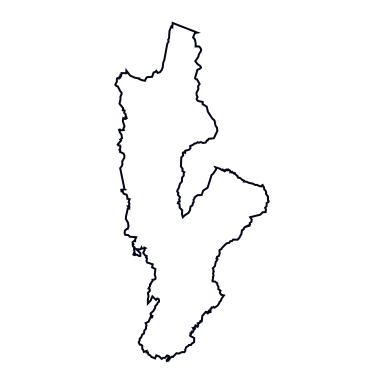 the district of Hueytamalco, Puebla, Mexico
{"feature_id": "50627088B70242427867447", "entity_name": "Hueytamalco", "entity_type": "district", "adm_level": 2, "iso_a3": "MEX", "parent_name": "Mexico", "parent_adm1": "Puebla", "projection": "natural_earth1", "projection_center": [-97.308, 20.034], "detail": "fine", "context": "isolated", "style": "outline", "palette": "ink", "viewbox_px": 384, "rotation_deg": 0, "n_neighbors": 0, "source": "geoboundaries", "source_scale": "gbopen_adm2", "svg_char_len": 6052}
<svg xmlns="http://www.w3.org/2000/svg" viewBox="0 0 384 384"><path d="M197.3,32.6L172.7,23.0L172.3,27.2L171.3,26.5L169.5,31.0L169.0,38.4L168.2,39.8L168.6,41.6L167.3,43.6L164.3,60.0L163.2,62.8L162.7,67.4L161.7,70.0L159.9,72.2L157.7,72.9L156.3,70.9L155.6,71.8L153.6,72.5L152.1,76.8L147.1,77.2L146.3,77.9L144.9,80.8L141.2,79.9L139.0,78.9L139.1,78.4L135.1,77.8L130.2,75.6L126.4,70.7L126.3,73.2L121.5,73.1L121.2,75.5L120.5,75.2L120.3,77.3L119.6,76.9L118.9,78.5L117.8,78.0L117.0,78.5L116.8,81.6L115.3,84.8L116.5,86.0L117.8,86.4L120.3,91.3L121.5,92.5L121.6,93.9L120.4,97.0L120.5,99.1L119.5,103.7L123.1,108.2L122.8,110.2L124.6,110.5L124.2,112.7L125.4,114.1L126.5,117.8L125.5,117.6L125.7,118.8L124.9,119.0L123.3,118.2L122.8,121.1L124.5,126.5L123.4,128.5L123.8,130.0L120.7,130.4L119.9,129.5L119.1,129.8L119.9,132.5L121.5,134.6L122.0,138.2L120.3,139.5L121.1,140.6L117.7,144.4L118.5,145.4L119.9,145.5L120.4,146.4L120.2,148.7L119.4,149.8L120.3,150.6L120.1,151.9L123.6,153.6L124.4,155.6L124.3,157.8L122.2,161.5L122.4,164.3L121.9,165.9L120.2,168.2L124.5,189.3L123.6,189.1L124.2,189.4L121.3,189.8L121.5,191.3L122.8,191.2L123.1,192.7L124.1,193.9L126.6,194.7L127.4,197.4L127.3,198.7L129.6,199.2L128.6,202.3L129.5,203.6L129.0,205.1L129.3,206.6L128.0,206.4L129.1,208.6L127.7,208.7L126.0,216.5L125.9,219.1L128.0,222.7L128.5,226.3L127.7,228.9L126.5,229.1L124.9,230.7L124.6,233.4L125.2,234.8L128.3,235.1L129.8,236.7L136.2,237.2L135.1,239.7L135.1,241.1L134.1,241.0L132.6,242.2L132.6,243.1L133.5,244.2L132.7,244.8L133.0,246.3L134.6,247.4L134.0,248.8L134.5,251.4L133.4,254.6L134.4,255.1L135.2,254.3L135.3,254.9L137.0,254.7L139.1,256.0L140.3,255.9L140.4,253.2L136.2,249.1L139.5,249.4L140.8,249.0L141.3,248.0L141.4,248.4L143.2,248.5L143.9,248.4L144.3,247.6L145.3,248.1L144.6,248.4L144.7,249.9L143.2,252.9L145.0,255.3L146.7,256.1L146.0,257.4L147.0,258.3L146.5,261.1L147.1,262.5L152.7,264.3L152.1,267.3L155.4,269.0L154.7,274.8L155.6,277.4L155.5,278.7L154.5,279.5L152.5,279.8L152.6,280.9L151.3,282.5L150.7,284.1L150.0,284.3L150.0,286.1L148.5,288.5L149.7,289.2L149.8,291.0L147.9,293.0L148.5,296.2L147.9,299.5L147.9,303.4L150.7,300.4L152.4,296.4L156.0,299.9L157.0,298.7L157.9,298.7L158.8,299.3L159.0,300.6L158.9,301.8L157.7,302.7L157.0,304.4L155.2,306.2L155.1,308.0L153.5,310.8L150.6,313.5L150.8,314.8L152.5,316.0L152.1,317.3L150.9,317.7L150.5,317.2L148.6,321.7L145.6,323.1L146.6,325.4L146.0,326.7L146.1,328.6L144.4,330.4L143.9,333.6L142.3,334.5L141.1,337.5L139.7,338.6L139.7,340.4L138.7,342.2L139.8,344.7L141.1,344.7L142.2,345.6L142.3,349.0L143.1,349.8L143.9,351.9L146.7,350.9L146.6,352.4L147.8,352.3L148.4,354.5L150.3,355.4L151.2,356.8L155.1,358.4L156.3,355.4L159.1,356.4L161.7,358.9L163.0,357.9L165.0,357.9L167.0,355.5L168.4,355.8L168.9,356.2L168.4,357.0L169.0,357.4L166.7,360.3L166.9,361.0L168.4,360.6L168.6,359.8L169.2,359.6L170.4,357.6L172.0,356.7L172.8,357.0L176.5,353.2L178.8,353.6L181.9,352.1L184.4,352.1L185.3,350.9L185.2,349.8L186.1,347.2L188.1,346.1L188.9,345.0L190.9,345.0L191.6,343.8L194.1,342.1L194.2,338.0L190.4,336.0L190.1,335.2L190.9,334.2L190.5,333.2L191.7,332.9L191.7,331.6L193.0,331.8L193.8,329.9L193.0,328.2L193.7,328.3L194.1,329.4L194.8,329.0L195.0,328.1L194.4,327.2L195.2,326.4L195.7,324.5L195.9,326.2L197.6,326.8L198.3,325.0L197.8,323.2L199.6,323.0L200.4,321.1L201.3,321.6L201.8,321.2L202.3,315.9L205.8,311.9L207.1,312.0L207.2,313.1L207.8,313.4L208.9,312.3L208.8,310.9L209.2,310.5L209.7,310.7L210.5,312.9L210.6,308.9L211.4,308.5L211.6,307.4L212.9,307.5L213.7,306.9L214.6,307.7L217.6,305.6L219.2,303.3L219.5,302.0L221.0,300.5L221.6,298.6L223.9,295.4L221.3,294.8L219.8,292.7L220.5,290.6L218.4,289.2L218.4,286.5L217.4,285.1L217.2,283.3L215.1,281.6L212.8,281.4L212.4,280.6L213.1,278.1L212.9,276.9L213.6,275.8L213.1,273.4L213.8,271.5L213.3,270.9L213.4,269.5L212.8,268.3L214.9,266.1L215.7,262.1L217.4,259.6L217.4,258.9L216.5,258.5L217.1,256.8L218.9,255.9L219.7,253.4L219.4,250.8L219.7,249.9L221.3,249.2L222.1,247.8L226.5,243.4L229.2,242.8L230.4,241.2L232.0,241.1L233.1,239.6L237.5,239.7L239.0,238.3L241.4,234.0L242.0,230.2L243.7,229.3L244.0,228.0L244.9,227.1L248.1,226.1L247.5,225.8L250.1,224.7L249.7,223.2L251.4,221.8L251.7,219.5L250.2,217.2L260.2,214.7L262.9,212.2L265.6,212.1L265.9,209.3L265.1,207.8L266.6,206.2L266.7,203.0L268.5,201.9L268.7,201.1L268.0,200.2L267.9,196.4L266.0,193.9L266.2,192.3L265.6,190.7L264.3,189.5L264.0,187.5L262.6,185.0L261.7,185.6L261.5,186.4L259.6,186.2L257.1,184.9L255.3,185.0L252.8,183.6L249.3,183.0L246.0,181.6L243.9,181.6L244.0,180.6L242.1,179.8L241.2,178.8L239.6,177.8L238.3,177.8L237.5,176.7L237.6,176.2L235.4,174.3L234.8,173.1L234.0,173.5L233.5,172.8L232.1,172.6L232.0,171.9L230.3,172.3L230.1,170.7L229.1,170.0L228.2,170.2L228.6,168.8L227.3,170.1L226.6,170.2L226.3,169.6L225.2,170.0L225.0,171.2L224.5,171.3L222.8,169.6L222.3,170.2L219.4,168.5L215.5,167.3L216.2,168.4L216.0,169.5L213.0,173.9L211.6,175.0L207.6,187.7L203.2,190.6L201.6,195.0L197.6,195.2L194.6,197.3L194.4,198.5L193.6,199.5L193.6,202.4L192.8,203.1L192.5,205.3L190.5,206.6L189.9,210.4L188.5,212.9L184.7,215.3L182.9,217.2L182.0,214.5L182.2,210.2L179.7,207.7L179.5,204.2L177.8,203.2L178.4,201.9L179.7,201.5L179.2,199.7L179.9,197.0L178.3,195.4L177.9,194.4L178.4,193.0L177.2,191.5L177.6,189.8L178.6,188.4L180.0,183.8L181.9,181.5L182.1,177.5L183.7,175.7L183.7,173.4L184.4,172.2L182.4,171.0L182.6,168.8L180.9,166.4L181.3,157.4L183.2,155.4L182.8,152.9L183.5,152.3L185.1,152.8L185.2,150.8L189.3,149.6L190.5,148.0L190.1,146.1L193.4,144.6L194.2,143.6L196.2,143.3L197.7,142.2L198.8,142.7L201.0,142.1L203.0,143.0L205.5,142.6L206.1,142.2L206.8,140.5L207.7,140.3L208.7,138.8L213.8,138.3L217.3,131.0L217.0,127.7L215.5,125.6L214.5,120.5L212.0,118.2L207.9,111.7L206.7,106.6L202.6,104.1L202.7,101.9L198.4,101.1L196.8,99.7L196.6,98.9L197.6,97.1L196.6,95.0L196.5,92.7L198.4,89.0L198.1,86.2L199.6,84.0L197.0,79.3L195.9,79.2L195.0,78.2L197.4,69.9L200.7,68.2L201.0,67.3L199.9,65.7L197.4,64.0L195.3,61.2L198.2,57.0L199.0,54.1L200.8,51.3L201.1,49.4L200.2,47.6L198.7,46.4L195.6,46.5L195.7,43.7L194.9,39.5L193.1,37.3L194.9,33.1L197.3,32.6Z" fill="none" stroke="#020617" stroke-width="2"/></svg>